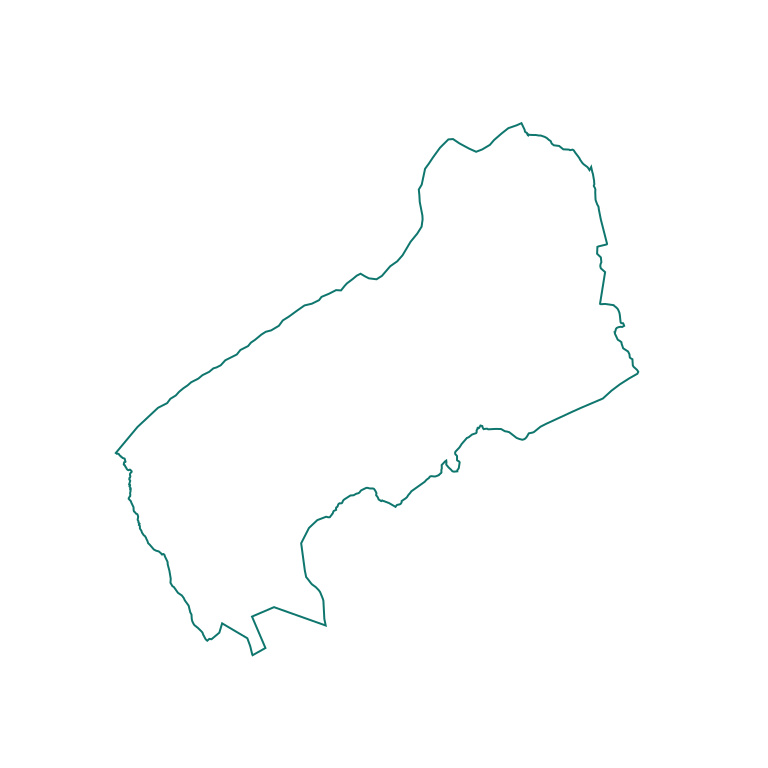 Achiase, Eastern, Ghana, rotated 333°
{"feature_id": "2480657B77450065295387", "entity_name": "Achiase", "entity_type": "district", "adm_level": 2, "iso_a3": "GHA", "parent_name": "Ghana", "parent_adm1": "Eastern", "projection": "robinson", "projection_center": [-1.045, 5.794], "detail": "fine", "context": "isolated", "style": "outline", "palette": "teal", "viewbox_px": 768, "rotation_deg": 333, "n_neighbors": 0, "source": "geoboundaries", "source_scale": "gbopen_adm2", "svg_char_len": 6154}
<svg xmlns="http://www.w3.org/2000/svg" viewBox="0 0 768 768"><g transform="rotate(333 384 384)"><path d="M616.6,474.7L615.3,472.8L615.1,471.9L616.2,468.8L616.2,465.8L613.3,460.8L614.0,456.0L614.5,454.5L613.5,452.4L612.5,450.9L612.4,450.3L612.6,444.1L613.0,442.7L613.3,442.9L615.6,440.3L616.8,439.7L618.7,439.8L620.5,440.3L622.1,441.3L624.4,441.2L624.6,439.9L624.6,438.4L623.0,437.5L622.9,436.2L625.4,429.7L626.1,427.3L626.3,425.0L626.3,423.2L625.6,421.0L624.6,418.9L624.4,418.0L617.3,413.0L613.5,411.4L612.9,410.6L631.8,384.7L629.8,379.6L629.8,378.7L630.4,376.8L631.7,375.2L633.0,374.1L634.7,369.6L633.0,364.7L636.4,358.7L637.7,358.8L645.6,360.7L646.0,360.7L646.4,360.3L651.9,335.8L654.7,325.9L655.3,324.3L655.6,323.4L655.5,320.7L656.0,316.5L656.4,315.3L659.2,309.2L660.7,306.5L660.8,306.1L660.9,304.5L660.8,303.0L661.0,302.5L662.2,301.4L662.8,299.6L663.4,298.5L665.5,291.7L665.8,289.9L667.1,284.7L664.2,286.7L663.9,283.8L663.6,282.8L661.7,279.0L661.1,277.1L660.6,273.6L660.6,271.6L660.3,269.4L659.5,265.1L659.1,261.8L658.4,260.8L655.9,260.1L655.2,259.1L650.3,256.3L648.1,251.4L643.7,248.4L642.7,246.2L642.6,245.4L642.8,243.4L642.7,243.0L641.8,241.5L640.7,238.7L639.4,236.8L636.6,233.9L634.5,232.7L632.1,230.9L630.9,230.4L626.3,227.8L626.1,227.3L625.7,227.4L625.3,227.9L625.1,227.6L625.4,226.7L625.0,225.8L625.3,225.1L624.3,223.6L624.2,223.1L624.7,221.4L624.9,214.0L619.4,213.7L610.9,212.5L602.4,214.2L592.8,216.6L586.9,219.0L577.9,219.6L571.5,218.9L566.7,212.9L560.4,203.8L556.7,197.1L552.4,195.3L541.2,198.9L530.6,204.3L524.2,207.9L518.3,210.9L508.1,223.5L503.3,226.5L501.2,231.9L498.5,238.0L494.7,251.3L493.1,254.9L488.9,260.9L481.9,265.1L472.3,269.3L459.0,277.7L451.5,280.7L443.0,281.9L431.3,286.7L424.9,287.3L418.5,283.0L415.9,279.4L413.2,275.1L408.9,275.1L403.6,276.3L396.7,277.5L393.5,278.7L388.2,281.1L383.9,278.6L375.9,278.6L367.9,278.0L364.2,279.8L356.2,279.7L348.8,277.9L340.3,279.1L329.6,280.8L322.7,281.4L316.8,284.4L307.8,285.0L302.4,283.8L297.1,284.3L289.1,286.1L284.3,286.7L280.1,288.5L271.5,288.5L266.2,290.9L253.4,290.8L247.0,293.2L242.3,293.2L239.1,292.6L233.7,293.8L226.3,293.7L221.0,294.9L213.0,294.9L208.2,296.1L203.4,296.7L198.0,297.9L193.3,299.7L186.9,300.2L182.1,302.6L171.9,302.6L144.8,310.4L113.7,323.7L114.3,324.9L115.2,325.2L115.9,326.1L116.0,326.5L116.0,327.4L116.2,328.0L116.7,328.8L116.8,329.7L117.4,330.6L117.5,331.2L119.0,332.7L118.4,335.8L118.2,336.0L117.0,335.8L115.7,337.3L115.6,337.9L116.0,338.4L116.2,338.9L116.0,340.3L116.3,341.1L116.2,342.6L116.5,343.8L116.8,344.4L117.2,344.8L118.6,344.9L118.8,345.0L119.4,346.5L119.5,347.2L119.3,347.6L118.8,348.0L117.9,348.1L117.0,348.7L116.3,349.7L116.2,350.9L115.2,352.1L114.5,352.2L113.7,353.5L114.0,354.6L113.9,355.1L111.3,357.8L111.9,358.3L111.9,358.6L111.8,359.0L110.7,359.8L111.0,361.2L110.7,361.7L110.8,362.4L110.6,362.7L110.0,362.6L109.8,364.0L108.2,366.0L107.7,367.4L107.2,368.3L106.9,368.7L106.4,368.7L105.3,369.6L104.9,369.7L104.4,370.3L104.4,370.6L105.2,373.3L105.0,375.4L104.9,380.0L103.6,382.9L103.4,383.9L103.5,384.4L104.0,385.5L104.1,386.7L104.9,387.7L105.1,388.2L105.1,388.6L104.8,390.3L104.1,391.6L103.1,392.7L102.8,393.5L102.9,394.9L102.3,396.0L102.8,397.5L102.6,397.7L102.2,397.6L101.6,398.3L102.0,399.2L101.9,399.9L100.9,402.0L101.2,404.5L100.9,406.6L101.3,409.8L101.8,410.6L102.0,411.3L102.1,413.1L101.9,414.8L102.0,415.9L101.6,418.9L102.2,420.4L103.8,427.0L105.3,429.1L107.3,430.9L108.4,433.5L108.7,435.1L109.1,435.3L110.0,435.2L110.3,435.4L110.7,436.2L110.8,437.0L110.5,438.1L110.4,444.2L109.4,446.5L108.0,453.0L105.6,460.6L103.5,464.2L103.7,468.1L104.6,469.5L105.6,476.5L107.9,480.7L108.4,483.7L108.3,486.4L109.3,492.8L107.7,499.6L107.8,501.2L107.8,502.0L106.0,506.2L105.5,508.2L105.4,511.1L105.7,513.1L106.3,514.2L106.9,515.8L107.2,516.1L109.0,521.4L109.4,523.1L109.1,525.2L109.2,530.3L109.6,531.7L110.0,532.5L112.7,531.8L114.4,533.1L124.4,530.8L131.1,523.8L146.8,548.5L145.8,556.8L143.8,565.2L143.8,566.0L158.5,565.4L160.8,531.3L184.7,532.9L222.4,572.7L224.2,566.2L231.6,549.6L232.0,547.5L232.2,545.3L232.6,540.5L232.3,538.3L231.0,534.0L228.9,529.9L228.5,528.4L227.5,522.9L227.0,520.7L228.8,514.2L237.9,488.3L251.8,478.2L262.8,475.0L272.1,476.0L272.6,476.3L273.6,477.3L274.9,478.0L275.5,478.0L276.8,477.3L277.5,477.1L278.5,476.4L279.4,476.2L280.5,475.1L281.5,474.3L284.2,474.4L284.9,472.8L285.5,472.3L286.4,472.3L287.2,471.9L287.9,471.1L289.2,470.2L290.2,470.1L291.4,470.8L292.3,471.0L293.0,470.7L294.1,469.7L295.1,469.1L296.3,468.8L303.5,468.1L306.3,469.3L309.6,469.2L311.1,469.6L312.7,469.6L315.0,468.5L315.7,468.4L321.0,468.5L322.4,469.2L323.5,470.3L324.6,471.0L326.6,472.0L327.4,472.8L327.7,474.2L327.8,475.9L327.7,477.9L327.1,478.6L326.5,479.7L326.9,481.1L327.0,482.5L326.8,484.5L327.8,486.1L328.1,486.8L328.4,487.1L329.5,486.9L330.1,487.8L331.3,488.8L331.6,489.3L334.3,492.2L338.5,498.7L340.2,497.8L340.8,497.7L343.4,498.4L344.5,498.3L345.3,497.9L346.2,497.1L346.6,496.3L351.5,495.7L353.0,495.3L355.4,493.9L357.5,493.1L359.7,492.0L375.9,489.6L378.5,488.6L381.2,488.2L382.7,487.4L383.5,487.4L384.3,487.6L387.3,489.5L388.4,489.8L391.4,490.1L391.5,489.9L392.1,489.8L392.8,489.7L393.7,489.3L394.4,489.3L395.0,488.9L396.1,486.6L396.9,485.8L397.4,485.0L398.6,482.4L403.3,480.7L404.7,480.5L404.2,481.9L403.1,483.6L402.9,484.2L403.7,487.8L404.8,490.7L405.2,492.4L405.7,493.2L406.6,493.9L409.7,495.1L410.1,494.2L410.5,493.9L411.7,493.4L412.6,492.7L415.8,488.2L415.8,487.2L414.7,485.6L414.5,485.0L416.3,481.5L416.3,480.9L415.7,479.0L415.8,478.5L416.1,477.6L417.0,476.7L422.4,474.8L426.0,472.7L433.4,469.7L435.2,469.9L439.5,469.0L443.7,469.6L444.2,469.4L444.8,468.8L445.3,467.6L445.8,467.1L446.7,466.8L447.2,465.8L447.8,465.6L448.5,466.3L448.8,466.3L451.1,464.8L452.5,466.1L452.1,467.6L452.3,469.5L453.5,469.8L455.5,470.6L456.3,471.7L463.3,474.8L467.9,477.3L470.3,481.0L472.1,482.3L473.7,483.8L477.7,492.3L479.7,494.5L482.0,496.5L483.6,496.8L484.8,496.8L485.8,496.5L487.4,495.8L490.6,493.7L494.6,494.8L496.1,494.8L504.1,493.1L506.2,493.1L510.3,493.1L539.0,494.2L549.1,494.7L572.4,496.3L583.8,493.2L594.0,491.4L605.2,490.3L614.4,489.9L616.1,488.6L615.9,486.4L614.2,481.9L614.1,480.5L616.6,474.7Z" fill="none" stroke="#0f766e" stroke-width="2"/></g></svg>